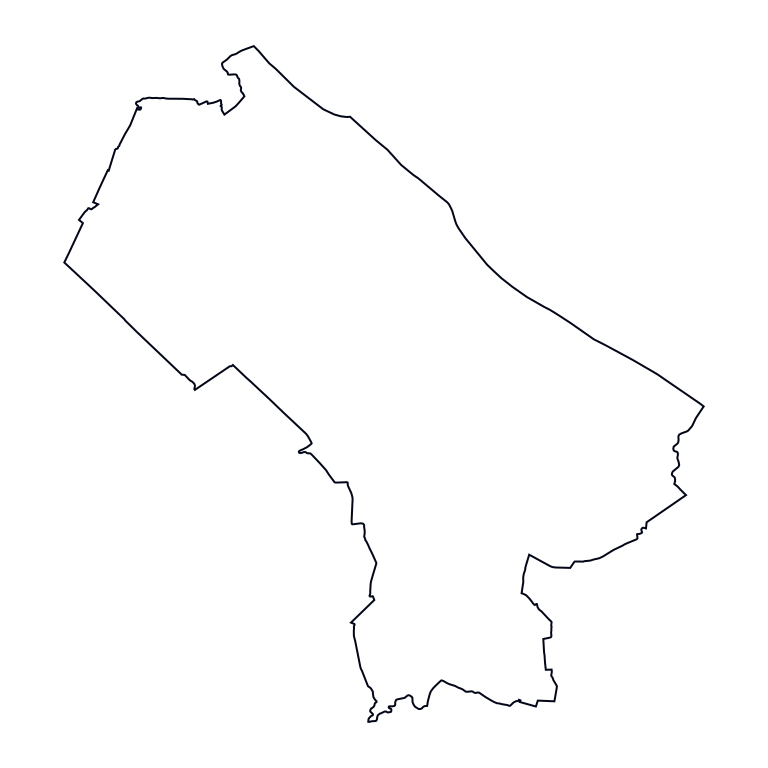 O Mon, Can Tho, Vietnam
{"feature_id": "81297802B2084996388105", "entity_name": "O Mon", "entity_type": "district", "adm_level": 2, "iso_a3": "VNM", "parent_name": "Vietnam", "parent_adm1": "Can Tho", "projection": "mercator", "projection_center": [105.627, 10.124], "detail": "fine", "context": "isolated", "style": "outline", "palette": "ink", "viewbox_px": 768, "rotation_deg": 0, "n_neighbors": 0, "source": "geoboundaries", "source_scale": "gbopen_adm2", "svg_char_len": 6047}
<svg xmlns="http://www.w3.org/2000/svg" viewBox="0 0 768 768"><path d="M593.8,339.3L570.1,322.7L556.2,313.7L550.0,309.9L543.6,306.6L527.0,297.1L512.2,286.7L501.4,278.2L492.7,270.1L487.1,264.7L465.3,238.1L458.3,227.9L456.3,224.1L455.2,221.0L452.3,211.1L450.8,207.8L448.9,204.2L447.1,202.2L439.3,196.0L418.4,178.4L413.4,175.0L401.2,165.0L387.4,149.7L375.7,140.1L350.4,117.1L350.2,116.8L346.6,117.0L340.8,116.3L334.3,114.5L323.3,109.3L293.9,86.8L275.7,68.8L269.3,63.4L258.8,51.2L253.8,46.1L242.6,50.2L240.4,51.2L235.9,54.0L231.8,55.2L230.3,56.2L227.2,59.3L225.0,61.0L223.0,62.3L222.1,63.3L222.0,64.1L222.5,66.4L222.9,67.4L223.7,68.9L227.0,71.6L227.7,72.7L227.9,74.3L228.2,74.5L229.3,74.7L234.1,74.4L235.2,74.4L236.0,74.6L237.0,75.5L237.6,77.3L238.0,77.9L239.0,78.8L239.2,79.4L239.4,80.8L239.3,84.0L240.0,86.0L241.0,87.1L241.1,87.7L241.1,88.5L240.8,89.9L240.9,90.7L241.5,91.9L242.7,93.2L242.8,93.6L243.1,93.7L244.4,96.3L238.3,103.4L235.4,106.5L224.4,114.6L222.0,110.6L221.7,109.9L221.8,107.4L221.5,106.7L220.6,106.1L220.6,105.9L221.7,104.8L221.1,103.7L221.1,101.6L220.9,100.6L220.7,100.2L220.2,100.0L216.7,101.6L213.4,102.7L207.9,103.8L207.5,101.7L207.2,101.5L206.5,101.4L201.0,103.9L199.0,104.7L197.6,103.4L197.2,101.6L196.6,100.9L194.7,99.9L194.1,99.1L192.7,99.5L191.8,99.3L182.9,98.8L168.5,98.7L166.6,98.6L163.5,98.0L162.2,98.0L160.0,98.3L156.4,97.9L152.4,98.1L149.7,97.7L147.7,97.9L145.2,98.6L143.4,98.5L142.6,98.8L139.6,101.2L137.3,101.7L136.4,102.2L136.0,103.2L136.1,103.9L136.4,104.4L136.9,105.0L137.9,105.7L138.5,107.0L138.8,107.4L139.4,107.6L140.9,107.3L141.1,107.5L140.9,108.5L140.5,109.4L139.9,109.7L137.9,109.5L137.0,108.4L130.2,125.3L125.1,133.9L119.6,144.5L119.4,145.6L118.9,146.3L118.2,146.8L117.8,148.2L117.5,148.6L115.6,149.1L115.2,149.6L108.7,170.7L107.8,170.2L99.9,187.2L93.2,202.2L98.1,204.3L94.5,207.2L93.5,207.7L91.9,209.0L91.2,209.3L90.3,209.0L89.3,208.3L88.7,208.2L88.2,208.3L87.2,209.9L85.3,211.5L84.2,212.8L79.0,219.9L82.9,223.1L69.3,252.2L64.3,262.5L93.5,289.7L124.6,319.5L125.1,320.4L137.2,332.3L181.8,374.7L184.7,374.9L189.2,379.6L189.7,380.2L192.2,381.7L193.9,383.3L194.6,384.4L195.0,386.1L194.3,389.0L194.9,389.9L229.3,366.6L230.0,366.2L231.6,366.2L232.9,365.0L246.7,378.1L249.8,380.8L268.9,398.6L284.1,413.2L306.2,433.9L307.9,436.2L311.3,442.3L311.6,443.5L310.2,444.8L307.0,447.2L303.2,449.2L300.3,450.4L299.0,451.3L298.8,452.0L299.2,452.7L300.3,453.1L301.2,453.0L303.5,452.2L304.8,452.0L305.8,452.2L306.7,452.9L307.7,453.3L310.1,453.3L311.4,454.3L319.4,462.7L326.1,470.2L328.7,474.3L334.6,482.3L335.9,482.6L347.0,482.2L347.6,482.5L347.9,485.7L351.3,493.1L352.4,497.1L352.6,499.0L351.6,521.0L351.7,523.3L352.0,524.1L352.9,524.3L360.7,523.3L362.9,523.6L363.7,524.4L364.2,525.2L364.1,527.1L364.6,530.0L364.7,533.0L364.2,536.7L365.1,538.7L365.4,540.2L366.3,541.4L368.2,545.1L369.7,548.7L372.0,553.2L376.3,562.8L376.3,563.6L372.5,576.3L370.9,582.0L370.6,584.6L370.2,591.7L370.3,593.2L369.6,595.6L369.7,596.3L370.5,596.6L372.4,596.2L372.9,596.4L374.3,600.0L351.0,622.6L354.4,624.0L354.6,624.4L354.5,625.1L353.9,626.2L354.0,628.5L353.8,631.3L353.9,636.0L355.2,641.1L360.4,667.3L361.0,669.0L362.0,670.9L367.3,684.5L368.1,686.3L370.0,687.6L370.9,688.4L372.6,691.2L372.9,692.0L372.9,693.5L373.5,697.3L375.1,699.8L376.5,701.2L376.6,701.7L376.5,702.1L375.0,703.1L374.7,703.9L374.3,705.8L373.7,706.7L372.6,707.7L371.3,708.4L370.5,709.7L370.2,710.5L370.3,711.6L372.7,713.8L372.9,714.6L372.9,715.1L371.1,716.1L369.3,717.8L368.6,718.9L368.4,720.2L368.3,721.8L369.3,721.9L371.5,721.3L375.7,721.0L376.3,720.6L376.8,719.8L377.4,716.2L378.1,715.0L379.9,713.6L381.3,713.2L384.6,711.5L385.6,711.5L386.3,711.6L387.5,712.4L388.3,712.4L390.8,711.9L391.2,711.3L391.4,710.0L391.2,709.1L389.0,708.0L388.7,707.2L388.9,706.6L389.3,706.3L392.7,706.3L394.4,705.9L395.1,705.2L395.3,701.9L396.0,700.1L397.1,699.4L404.6,697.9L407.4,695.6L408.4,695.2L409.9,695.5L411.8,696.9L412.4,697.8L412.5,701.7L413.1,703.6L414.1,705.4L415.1,706.8L418.7,709.0L420.2,709.0L421.8,708.5L422.9,707.1L424.0,706.4L425.2,706.0L427.2,705.9L427.8,701.5L429.6,694.6L430.8,691.4L433.1,688.3L435.3,686.0L439.6,681.9L441.2,680.5L441.7,680.4L443.4,681.0L447.2,683.2L449.8,684.3L455.0,685.9L458.4,687.7L461.2,688.7L462.8,689.5L465.7,691.6L467.1,691.8L471.7,691.3L472.7,691.6L473.8,692.4L475.3,693.0L477.7,692.5L479.2,692.7L485.4,697.0L492.5,701.2L495.4,702.6L497.3,703.3L499.0,703.4L501.7,704.1L507.5,705.1L509.1,705.8L509.8,705.8L510.3,705.6L513.4,702.6L515.1,701.6L516.5,701.1L517.9,701.0L518.6,700.5L518.9,699.8L520.4,700.4L519.8,702.0L535.9,706.5L537.8,700.6L554.4,701.3L556.6,688.8L556.9,686.1L555.9,684.3L553.3,680.0L553.0,678.7L552.4,677.4L551.5,676.2L551.2,675.4L551.7,672.8L551.8,671.4L551.6,669.6L545.8,669.8L545.0,662.3L544.5,654.8L544.1,652.8L543.3,639.0L549.6,637.7L550.9,637.2L551.3,636.5L551.4,635.7L551.1,632.7L551.4,630.0L551.3,628.3L551.6,626.8L551.3,626.1L551.3,624.4L551.6,622.3L551.4,621.7L548.1,618.5L541.3,611.2L539.4,609.9L537.7,607.5L536.9,604.1L536.3,604.0L534.8,605.0L534.1,604.5L532.9,603.2L531.5,601.2L529.0,598.1L526.1,595.2L523.2,593.8L521.6,593.2L523.3,582.1L523.2,577.4L523.7,574.3L525.2,569.6L525.4,567.5L526.0,565.3L529.2,554.7L550.4,566.3L553.0,567.2L556.0,567.5L570.2,567.9L574.3,561.9L574.9,561.5L583.4,561.6L584.2,561.2L590.2,560.6L593.7,559.5L599.4,558.2L602.9,556.5L613.6,549.9L622.8,545.5L624.5,544.4L627.4,543.1L636.4,539.4L637.0,539.0L637.5,538.1L637.0,534.5L637.2,534.1L639.5,533.9L640.8,533.4L641.6,533.0L642.1,532.3L641.3,530.0L641.4,529.2L642.1,528.2L643.1,527.7L646.0,528.4L646.6,522.3L686.0,495.1L680.7,489.9L677.5,486.4L674.3,484.0L675.1,481.3L675.1,479.2L674.6,477.3L672.7,475.8L671.9,474.8L671.9,473.5L672.8,471.5L678.4,466.9L679.2,465.1L678.6,461.8L677.6,459.1L677.3,457.7L677.9,455.1L677.8,453.0L677.1,451.9L674.4,451.1L673.6,450.2L673.3,448.9L673.7,446.6L677.5,443.6L678.3,442.0L678.6,439.7L678.4,437.6L678.5,435.9L679.4,434.5L681.6,433.3L686.7,431.5L688.2,430.6L691.8,426.4L692.5,425.3L695.9,418.1L703.7,406.4L700.3,403.8L657.2,374.2L633.2,360.2L604.5,344.7L593.8,339.3Z" fill="none" stroke="#020617" stroke-width="2"/></svg>